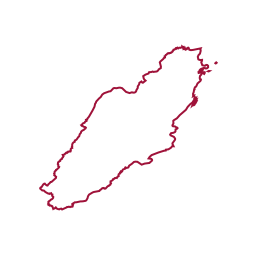 Khlong Thom, Krabi, Thailand, rotated 232°
{"feature_id": "78962969B45717742719747", "entity_name": "Khlong Thom", "entity_type": "district", "adm_level": 2, "iso_a3": "THA", "parent_name": "Thailand", "parent_adm1": "Krabi", "projection": "equal_earth", "projection_center": [99.206, 7.914], "detail": "fine", "context": "isolated", "style": "outline", "palette": "rose", "viewbox_px": 256, "rotation_deg": 232, "n_neighbors": 0, "source": "geoboundaries", "source_scale": "gbopen_adm2", "svg_char_len": 5867}
<svg xmlns="http://www.w3.org/2000/svg" viewBox="0 0 256 256"><g transform="rotate(232 128 128)"><path d="M115.1,18.5L115.1,18.8L114.2,19.6L113.6,19.6L113.0,20.2L110.3,19.3L110.3,20.0L109.8,20.5L109.9,22.2L108.5,22.2L107.1,23.0L106.2,23.8L106.1,24.7L105.5,25.8L104.4,25.9L103.2,30.8L103.3,31.4L102.7,32.0L102.4,33.0L101.3,33.7L101.1,34.9L100.6,35.1L100.2,35.9L100.8,36.8L102.4,37.2L102.4,37.7L102.0,37.7L101.8,38.1L102.3,38.9L102.2,40.3L101.3,41.5L99.5,45.2L98.0,47.3L96.7,49.8L96.7,50.7L97.6,52.9L98.8,54.4L99.5,56.3L99.0,60.4L98.6,61.7L96.0,66.7L96.3,67.4L96.2,68.7L96.4,70.7L96.0,71.5L95.7,71.5L95.5,72.1L94.5,72.3L94.1,73.0L94.6,76.2L94.3,76.9L94.4,77.2L94.2,77.8L94.4,78.1L94.2,79.1L94.7,79.6L94.7,80.4L95.9,80.7L96.1,81.2L96.7,81.4L96.3,83.8L96.9,84.7L96.5,85.5L96.7,86.6L96.4,86.8L96.1,87.9L95.5,88.4L95.9,88.9L95.9,91.1L96.4,91.1L97.3,92.2L97.3,93.2L97.1,93.6L97.8,94.2L97.3,94.9L97.3,95.2L97.8,95.2L98.3,95.8L97.9,96.4L97.5,96.3L97.5,96.9L98.0,97.4L98.4,98.5L97.7,100.7L98.5,101.3L98.6,101.7L97.4,102.3L96.7,104.0L97.6,105.7L97.4,109.2L97.6,111.7L97.0,113.0L95.6,114.6L90.7,116.2L89.7,119.2L87.3,123.3L87.5,126.6L87.8,127.2L88.5,127.5L89.4,127.3L91.3,125.5L91.9,127.3L92.1,129.9L89.9,137.1L87.9,142.4L87.0,143.9L87.6,144.5L86.3,146.7L86.0,149.6L86.4,151.6L86.0,152.1L86.3,152.3L85.8,152.7L87.9,153.2L88.6,153.6L89.7,157.5L90.1,158.2L90.7,158.6L92.8,158.7L96.1,157.0L96.9,157.2L97.4,158.8L96.3,160.8L95.9,162.5L96.2,163.4L97.6,164.6L97.2,166.4L97.4,167.0L98.0,167.0L98.9,166.4L100.3,166.0L101.7,164.5L102.3,164.4L102.8,164.7L103.6,166.6L105.8,168.1L105.9,168.9L105.5,172.5L106.3,176.8L106.7,184.9L107.9,188.1L108.5,192.0L108.4,194.9L108.6,194.9L109.7,198.0L110.5,198.4L110.9,199.7L111.6,199.8L113.2,199.1L115.0,200.4L115.7,201.7L117.5,203.7L117.4,204.2L118.3,204.7L118.9,206.1L118.7,206.5L119.0,207.8L120.3,210.2L120.5,214.0L121.1,215.2L121.5,215.3L121.7,214.9L122.2,214.8L123.3,215.3L124.7,216.8L125.0,218.8L126.2,219.8L126.9,219.7L127.9,217.6L128.7,218.0L128.5,218.8L129.3,219.7L129.6,220.8L129.6,221.9L128.7,224.7L127.8,225.6L126.9,226.0L126.4,227.2L126.5,228.5L127.7,229.4L128.9,229.2L129.6,228.4L129.5,227.7L129.7,226.9L131.7,225.2L134.7,226.2L135.4,227.7L136.1,228.3L136.9,226.9L138.1,226.0L138.8,225.7L141.1,226.8L142.0,228.4L142.3,230.5L144.0,232.7L144.8,233.3L145.5,233.3L146.0,234.3L149.5,227.3L150.7,225.4L151.9,224.5L153.9,225.1L154.3,224.9L154.4,224.3L153.9,223.0L154.3,221.5L154.8,221.4L155.4,222.2L155.8,221.8L155.7,221.0L155.9,220.6L156.5,221.5L156.8,220.6L157.3,220.7L157.3,221.3L157.7,221.7L158.0,221.2L158.6,221.0L158.2,220.8L158.2,220.2L158.6,220.0L158.8,218.8L159.2,218.6L159.8,217.6L159.7,216.7L160.7,215.9L161.0,216.1L161.2,215.5L160.9,215.1L161.3,214.9L161.1,214.5L161.4,214.4L161.1,212.9L161.7,212.1L161.1,210.8L161.1,210.3L160.8,210.2L160.7,208.7L161.0,208.4L160.9,207.7L161.3,207.2L161.3,206.7L161.8,206.4L162.0,205.5L162.3,205.5L162.4,205.2L162.1,203.3L162.3,202.7L161.8,201.6L161.9,201.1L161.5,201.1L160.8,200.6L160.8,200.1L161.1,199.2L160.7,198.4L160.5,194.7L160.2,193.5L156.2,191.8L155.0,190.7L155.3,188.3L154.8,187.2L154.8,185.5L156.6,182.5L157.3,182.2L157.8,180.7L159.0,179.0L158.3,177.7L159.3,174.7L159.5,171.9L157.4,170.9L156.2,170.7L154.5,171.0L154.5,167.6L155.0,167.2L156.4,167.2L156.6,164.8L155.5,163.6L154.8,161.3L153.6,160.4L152.6,157.8L152.0,157.1L151.7,156.0L151.9,155.0L152.7,153.8L153.7,153.1L154.6,150.7L157.6,148.7L163.0,147.9L164.6,146.7L165.3,145.8L166.5,143.3L167.8,142.0L168.3,141.0L167.7,136.9L168.5,135.5L170.1,130.6L170.2,128.3L169.2,125.6L169.1,123.3L168.4,119.2L167.7,118.3L167.4,117.1L165.4,114.7L163.6,110.8L160.9,104.1L160.4,101.7L159.8,101.1L160.3,100.0L159.1,99.6L159.4,98.1L158.9,97.1L159.4,95.1L158.9,93.4L159.0,92.9L158.3,92.9L158.2,93.3L157.5,93.6L156.5,93.7L154.9,94.9L154.2,95.0L153.8,94.2L153.9,92.8L153.7,91.8L154.1,90.7L154.0,88.9L153.2,87.9L152.8,86.1L151.5,84.4L151.4,82.7L151.1,82.2L150.6,80.5L150.6,79.5L150.9,78.4L149.9,77.5L150.2,76.4L150.0,74.9L149.1,73.6L147.8,72.7L147.8,72.3L146.6,71.8L146.9,70.8L146.6,69.8L145.8,69.3L145.7,68.9L145.2,68.8L144.9,68.2L145.4,67.7L145.9,66.4L146.2,66.3L145.9,65.2L146.2,65.1L146.1,64.7L146.6,64.3L146.6,63.7L146.3,63.4L146.5,62.5L146.2,61.8L147.0,60.0L145.4,59.7L145.3,59.2L145.0,58.8L145.0,58.0L144.3,56.9L144.6,55.4L144.3,54.8L143.8,54.3L144.1,53.4L143.9,53.1L144.0,51.8L142.7,50.4L142.1,50.5L140.8,49.5L139.7,49.8L139.4,49.1L139.1,46.2L139.3,45.5L138.9,45.1L138.9,43.8L138.7,43.2L137.6,42.3L137.6,41.8L136.9,41.7L136.2,40.8L135.1,41.2L134.3,41.0L133.8,41.3L133.0,40.5L132.6,34.5L133.1,33.8L132.7,32.0L132.7,30.7L132.2,29.2L132.5,28.8L134.2,28.2L135.4,28.2L135.7,27.7L135.7,26.4L134.7,23.7L134.9,22.6L134.8,22.0L134.3,21.5L131.6,22.0L130.5,23.2L128.4,23.5L125.3,24.8L125.0,25.5L124.3,25.7L124.3,26.5L124.0,26.8L123.9,27.3L122.5,27.0L122.1,27.4L121.2,26.5L119.7,26.7L119.0,25.9L118.7,24.6L119.0,22.9L118.8,21.6L119.0,20.4L118.8,19.7L118.0,19.4L117.7,18.7L117.2,18.6L116.6,18.8L116.5,18.0L115.1,18.5ZM106.8,198.3L107.5,197.0L107.6,195.7L106.8,193.5L106.1,192.5L106.2,194.2L105.7,195.2L106.0,196.5L106.8,198.3ZM125.4,221.2L125.2,220.8L123.7,221.3L124.2,222.5L124.8,222.7L125.4,221.2ZM108.3,198.5L108.6,197.1L108.1,195.7L107.9,197.2L108.3,198.5ZM128.1,222.1L128.7,221.5L128.4,220.4L128.1,221.0L128.1,222.1ZM105.7,195.1L106.1,194.2L105.8,193.2L105.4,194.0L105.4,194.7L105.7,195.1ZM125.4,237.9L125.4,237.0L125.3,236.7L124.9,236.8L124.7,237.4L124.8,238.0L125.4,237.9ZM127.6,222.3L127.7,221.9L127.6,221.2L127.2,222.0L127.6,222.3ZM107.7,198.3L107.5,197.6L107.2,198.4L107.5,198.8L107.7,198.3ZM122.8,227.2L123.2,226.8L123.3,226.1L122.9,226.4L122.8,227.2ZM113.0,200.2L113.3,199.7L113.0,199.2L112.9,200.0L113.0,200.2ZM128.0,220.7L128.2,220.2L128.1,219.8L127.9,220.3L128.0,220.7ZM109.7,200.3L109.7,199.7L109.4,199.4L109.4,200.0L109.7,200.3ZM129.1,220.2L129.0,219.7L128.7,219.5L128.8,220.0L129.1,220.2Z" fill="none" stroke="#9f1239" stroke-width="2"/></g></svg>